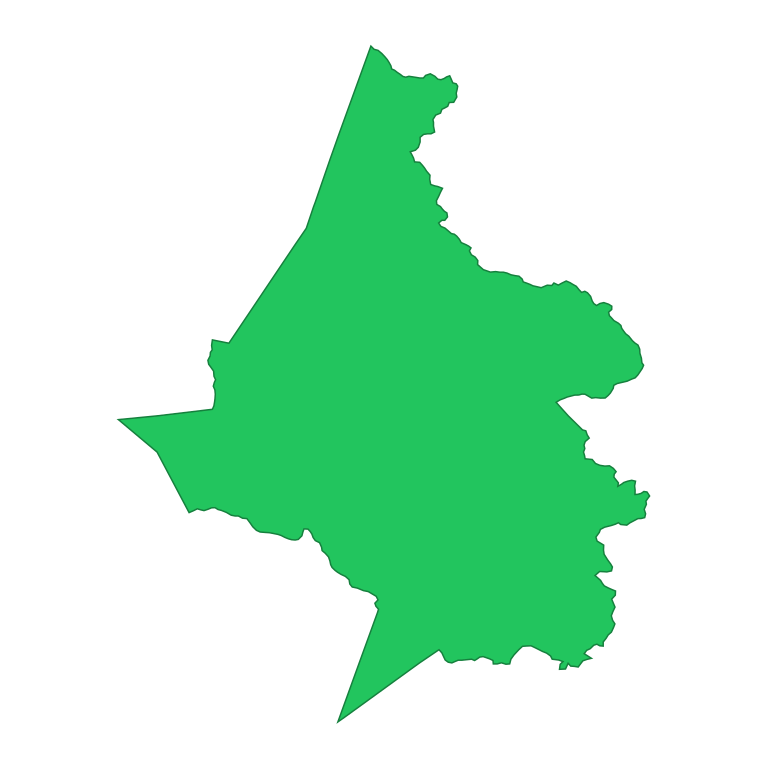 Tamboril, Ceará, Brazil (Mercator projection)
{"feature_id": "56859067B35932918243928", "entity_name": "Tamboril", "entity_type": "district", "adm_level": 2, "iso_a3": "BRA", "parent_name": "Brazil", "parent_adm1": "Ceará", "projection": "mercator", "projection_center": [-40.277, -4.889], "detail": "fine", "context": "isolated", "style": "filled", "palette": "green", "viewbox_px": 768, "rotation_deg": 0, "n_neighbors": 0, "source": "geoboundaries", "source_scale": "gbopen_adm2", "svg_char_len": 5161}
<svg xmlns="http://www.w3.org/2000/svg" viewBox="0 0 768 768"><path d="M456.8,97.0L456.2,93.2L457.1,89.5L457.7,86.2L456.2,83.8L452.8,82.9L451.2,79.1L449.7,75.8L446.6,76.9L444.1,78.5L441.0,79.7L437.8,79.2L434.9,76.3L430.3,73.8L425.6,75.4L423.4,78.0L419.7,78.0L416.8,77.5L412.9,76.9L408.9,76.3L405.7,77.2L402.8,76.4L400.6,74.6L397.0,72.2L394.5,70.2L391.7,69.0L390.9,65.8L389.2,62.7L387.3,59.7L384.9,56.8L381.9,53.6L378.1,50.4L374.1,49.3L370.9,46.1L339.5,132.7L338.1,136.6L334.4,147.1L330.1,159.2L315.3,202.1L313.5,206.9L312.5,209.9L306.3,228.3L295.2,244.5L269.4,282.9L259.2,298.1L228.9,343.2L212.4,339.9L211.6,345.5L212.2,349.8L210.4,352.4L210.1,356.0L207.9,360.3L208.7,364.3L211.0,367.4L213.6,371.1L214.0,376.3L215.6,379.7L214.4,382.3L213.3,386.2L214.9,389.9L215.3,394.2L215.0,398.7L214.6,401.8L213.9,405.9L212.4,409.3L156.8,415.9L118.4,419.6L157.1,452.1L189.1,512.6L193.5,510.7L197.3,508.8L201.0,509.9L204.0,510.6L207.9,509.3L211.6,507.8L215.1,507.7L218.0,509.5L221.4,510.4L226.4,512.4L231.2,515.2L235.2,516.0L238.4,516.0L242.5,518.2L246.9,518.6L250.1,522.9L252.8,526.8L256.4,530.3L260.1,532.0L264.8,532.4L269.4,532.7L273.0,533.4L278.0,534.4L281.2,535.5L284.9,537.4L288.4,538.8L291.6,539.7L295.2,540.0L298.3,539.4L301.9,535.8L303.0,531.6L304.0,528.9L308.0,529.1L310.3,531.6L311.9,534.1L313.1,537.5L315.3,540.6L319.6,542.7L321.6,547.3L322.1,550.6L325.2,553.2L328.5,556.9L329.9,560.9L330.7,564.7L332.1,567.5L335.1,570.4L337.5,572.2L341.1,574.4L345.4,576.4L349.1,579.7L349.8,584.0L352.2,587.0L357.4,588.1L363.4,590.6L368.3,591.6L372.0,593.8L376.2,596.3L378.0,599.9L374.9,603.2L375.9,606.2L378.5,609.2L377.6,612.3L360.4,659.7L337.9,721.9L344.6,717.2L370.0,698.8L395.9,680.0L419.7,662.8L439.0,649.7L441.9,652.9L443.5,656.4L445.2,660.0L448.2,662.2L451.9,662.9L454.8,661.6L458.2,660.2L461.7,660.2L466.5,659.7L471.6,659.2L474.6,660.5L477.2,658.9L479.7,657.1L483.1,656.6L485.8,657.5L489.5,658.8L493.0,660.5L493.3,663.9L497.3,663.9L501.4,662.8L505.9,664.2L509.7,663.9L510.9,659.2L514.0,654.9L518.7,649.8L522.5,646.3L526.6,646.0L531.1,645.8L535.3,647.8L539.1,649.7L542.4,651.4L546.6,653.1L550.6,656.0L552.2,659.2L558.6,660.0L563.0,661.6L560.2,664.3L559.5,669.3L565.5,669.0L568.1,663.3L570.7,666.1L574.5,666.4L578.2,667.0L580.5,663.9L582.9,660.8L586.9,659.4L591.4,658.3L584.2,653.7L586.7,650.3L590.2,648.7L593.8,645.2L596.9,644.2L599.8,645.8L603.2,646.1L603.2,642.0L606.1,638.3L608.2,634.9L611.4,632.1L613.6,627.3L614.9,623.9L612.6,620.3L611.3,615.8L612.8,611.8L615.0,607.1L613.3,603.1L611.7,599.1L615.3,595.2L615.5,591.0L611.8,589.5L608.2,587.9L604.3,585.9L602.3,583.3L600.6,580.4L595.0,575.5L599.6,571.5L603.7,571.7L606.9,571.9L611.5,570.9L612.4,567.0L610.6,563.9L607.7,560.0L604.1,554.3L603.5,550.2L603.7,545.1L597.1,541.1L595.9,537.1L599.3,532.4L600.4,529.4L604.6,527.2L611.3,525.5L615.3,524.2L618.4,522.7L620.7,524.5L626.8,525.1L629.8,522.9L637.9,518.6L641.1,518.5L644.7,517.6L645.6,513.8L644.2,509.3L646.4,504.3L645.9,501.2L647.6,498.7L649.6,496.0L647.0,492.0L643.9,491.5L641.1,493.4L637.9,494.3L635.0,494.5L635.1,490.0L634.6,485.9L635.5,481.2L631.7,480.3L627.6,481.2L623.8,482.5L621.4,484.3L617.8,486.3L618.4,482.9L615.9,479.7L613.9,477.2L614.2,474.2L616.1,471.7L613.4,468.4L609.5,465.8L604.9,466.1L599.8,465.3L595.5,463.5L592.2,459.5L585.1,458.8L584.6,455.8L583.5,452.0L584.8,448.6L584.0,445.2L585.2,441.6L589.2,438.1L587.2,434.9L585.8,430.8L582.5,429.9L568.1,415.7L556.1,402.3L560.2,399.8L564.0,398.4L567.3,397.0L571.6,395.9L574.6,395.1L578.8,395.0L581.9,394.1L585.0,394.2L588.3,396.1L591.7,398.1L595.6,397.6L600.5,398.1L605.2,398.0L608.1,395.5L610.4,393.0L613.2,388.4L613.8,385.3L617.2,383.5L622.4,382.3L627.1,381.2L631.7,379.1L635.2,377.8L637.8,375.0L640.2,371.5L642.2,368.5L643.6,365.2L641.9,362.8L641.4,358.2L639.9,353.2L639.7,349.2L638.0,345.1L634.9,343.0L632.4,340.7L628.8,336.2L625.6,333.7L623.5,330.9L621.7,328.3L620.9,325.5L618.4,323.2L613.9,320.6L611.5,317.9L609.4,315.7L608.6,312.2L611.7,309.5L611.8,306.2L608.6,304.2L603.8,302.6L599.9,303.5L596.6,305.5L593.8,303.6L592.2,301.0L590.6,296.4L587.5,292.8L584.8,291.3L581.6,292.4L579.0,289.7L576.3,286.3L572.7,284.3L570.1,282.7L566.2,281.0L561.5,283.3L558.3,285.1L553.9,283.0L551.8,285.5L547.2,285.2L541.2,287.7L536.5,286.6L532.9,285.8L530.0,284.4L526.6,283.1L523.2,281.9L522.2,279.1L519.0,276.2L515.4,275.7L511.0,274.8L507.1,273.1L503.4,272.2L499.9,272.2L495.6,271.6L490.4,272.1L486.4,270.7L483.4,269.7L481.1,267.7L477.6,264.6L477.8,260.6L475.2,257.1L471.4,254.8L469.4,250.9L471.0,247.9L468.8,246.2L466.0,244.7L461.2,242.6L459.3,239.2L456.7,236.1L454.3,234.2L451.4,233.6L448.6,231.2L445.0,228.1L440.9,226.4L438.6,223.0L441.9,220.3L444.8,220.3L447.5,216.9L446.9,212.9L444.5,211.4L442.2,208.9L440.5,206.6L436.8,204.4L436.4,200.7L438.7,196.2L440.5,192.2L442.5,188.3L437.7,186.5L434.8,185.9L430.7,184.5L429.7,179.3L430.0,175.2L426.6,171.2L424.6,168.1L422.5,165.4L419.7,162.3L414.6,161.9L413.5,158.0L411.8,154.6L410.2,151.8L415.4,150.2L418.3,147.3L420.1,142.0L420.1,137.3L423.6,134.4L427.5,133.8L431.0,133.8L434.6,132.0L433.5,126.2L433.5,122.3L432.9,119.6L435.7,115.1L440.5,113.1L441.9,109.3L444.8,107.9L447.7,106.3L449.2,102.5L453.7,102.3L456.8,97.0Z" fill="#22c55e" stroke="#15803d" stroke-width="1.5"/></svg>